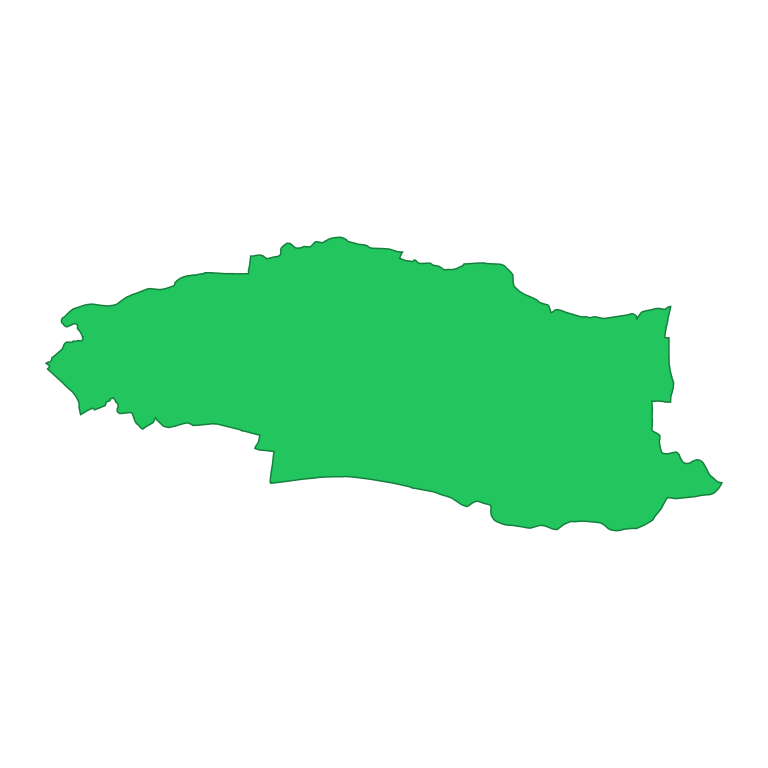 Maliuc, Tulcea, Romania
{"feature_id": "2599482B10791122672242", "entity_name": "Maliuc", "entity_type": "district", "adm_level": 2, "iso_a3": "ROU", "parent_name": "Romania", "parent_adm1": "Tulcea", "projection": "natural_earth1", "projection_center": [29.072, 45.185], "detail": "fine", "context": "isolated", "style": "filled", "palette": "green", "viewbox_px": 768, "rotation_deg": 0, "n_neighbors": 0, "source": "geoboundaries", "source_scale": "gbopen_adm2", "svg_char_len": 6057}
<svg xmlns="http://www.w3.org/2000/svg" viewBox="0 0 768 768"><path d="M670.7,306.5L668.7,306.8L666.8,307.9L665.3,309.3L664.3,309.4L659.6,308.5L657.7,308.4L654.7,308.8L652.5,309.5L645.7,310.9L642.7,311.7L641.6,312.2L640.5,313.5L638.1,316.9L637.2,318.8L636.7,319.0L636.4,318.2L636.5,316.3L635.7,315.4L633.3,313.9L631.9,313.6L629.7,314.2L627.9,314.9L604.2,318.5L601.7,318.2L596.4,317.0L594.9,316.8L592.4,317.1L591.4,317.5L588.7,317.6L586.5,316.7L582.1,316.9L581.0,316.8L566.1,312.4L560.6,310.3L557.3,309.6L556.0,309.8L554.8,310.2L552.3,312.3L550.8,312.5L550.7,311.5L549.3,307.1L548.1,305.1L542.5,303.5L539.6,302.4L538.8,301.9L538.6,301.4L536.5,299.8L533.7,298.3L523.9,294.1L519.4,291.3L516.0,288.2L514.3,286.4L513.6,285.3L513.7,284.9L513.1,281.7L512.9,275.5L512.8,274.8L510.8,272.2L509.6,270.9L506.7,268.3L504.5,265.9L503.2,265.2L500.8,264.4L499.7,264.2L489.0,263.7L485.7,263.4L485.3,263.1L482.6,263.0L479.7,263.0L464.1,264.0L463.7,264.2L463.0,265.4L462.6,265.7L456.1,268.8L453.0,269.5L446.1,269.6L445.0,269.8L443.1,269.3L441.1,267.6L438.5,266.2L434.5,265.5L432.5,264.9L431.2,263.7L429.6,263.1L420.8,263.5L419.4,263.2L417.5,262.4L416.2,260.8L414.7,260.0L413.9,260.2L413.0,261.4L411.8,261.5L408.7,260.9L405.9,260.7L399.6,258.3L401.5,253.5L402.5,252.1L397.5,251.7L389.7,249.2L385.1,248.7L371.5,248.2L369.6,247.6L367.2,245.8L364.4,244.9L358.5,244.3L354.9,243.2L349.3,241.9L347.8,241.3L346.3,239.7L344.7,238.7L341.3,237.4L339.1,237.3L334.2,237.7L331.3,238.3L329.0,239.1L324.4,241.6L323.2,242.5L321.9,242.7L317.0,241.7L315.5,241.9L314.8,242.3L311.0,246.4L309.5,246.8L308.0,246.8L304.0,246.5L300.3,248.0L296.3,248.1L294.9,247.5L290.3,243.5L286.9,243.3L283.8,245.5L281.6,247.5L280.7,249.5L280.9,253.3L280.6,254.2L279.8,255.3L278.4,256.3L273.5,257.1L267.8,258.6L267.1,258.6L266.0,258.2L262.7,255.7L262.0,255.5L259.4,255.0L255.1,255.6L253.0,256.1L250.7,256.0L249.4,266.7L248.5,269.7L248.5,271.6L248.6,273.7L236.2,273.9L233.8,273.7L225.4,273.7L210.1,272.7L204.5,272.8L204.2,273.6L200.7,274.0L196.9,274.6L196.8,274.9L195.0,275.1L194.9,275.4L194.3,275.4L194.2,275.0L193.2,275.1L186.8,276.0L184.2,276.7L180.9,278.0L178.8,279.3L176.9,280.7L175.7,282.3L175.1,282.3L175.0,283.5L174.4,285.1L173.9,285.6L172.7,286.3L165.2,288.7L161.3,289.5L158.6,289.5L149.7,288.6L147.9,288.8L135.8,293.5L133.7,294.1L126.7,297.1L119.9,301.8L117.8,303.6L116.0,304.5L114.5,305.0L112.2,305.5L110.5,305.6L109.0,306.1L100.5,305.3L94.9,304.5L94.2,304.3L91.3,304.1L86.6,304.7L84.2,305.3L73.3,308.9L69.5,311.8L64.4,317.0L62.8,317.7L62.4,318.1L61.5,319.9L61.4,321.6L61.7,322.5L64.8,326.0L66.8,326.9L73.8,323.9L74.5,323.5L75.9,324.0L76.5,324.0L77.7,325.9L77.3,328.1L78.4,329.8L79.8,331.2L81.9,335.1L82.3,336.6L83.0,336.7L83.1,336.9L82.5,337.3L83.1,339.2L81.3,340.9L77.8,340.5L76.7,341.3L73.1,341.1L72.5,342.3L68.1,342.1L65.8,342.5L64.1,344.4L62.4,348.9L55.7,354.8L51.9,357.9L51.4,360.2L51.0,361.0L49.6,362.5L48.5,362.0L47.1,362.6L46.1,363.3L49.1,365.5L49.9,366.3L47.5,369.0L62.1,382.2L66.6,386.8L72.7,392.1L75.6,395.9L78.2,400.7L79.2,403.6L79.0,407.4L80.6,414.6L84.0,412.7L87.3,410.6L90.7,409.0L91.6,408.5L93.6,408.4L94.5,409.9L105.2,405.6L106.2,402.1L110.0,400.6L110.0,399.6L110.1,398.8L111.0,398.8L113.3,397.8L115.5,400.8L115.8,402.2L116.9,402.9L117.2,402.8L118.0,404.6L118.1,406.3L117.9,407.4L117.3,408.9L117.1,410.4L117.3,411.4L118.1,412.4L119.2,413.3L120.2,413.6L130.2,412.5L132.2,413.2L133.2,416.2L135.2,421.6L136.6,423.6L139.6,426.2L140.3,427.6L142.7,429.1L146.1,426.6L152.6,422.9L153.3,422.3L155.5,417.8L156.8,419.9L163.1,425.9L163.5,426.2L168.0,427.4L168.9,427.5L175.5,426.0L182.8,423.8L186.4,423.0L187.8,422.9L192.0,424.6L192.4,425.2L192.9,425.4L197.0,425.3L214.2,423.6L214.3,424.0L217.1,424.0L226.0,426.2L239.6,429.6L240.6,430.1L241.0,430.4L242.2,430.9L242.3,430.6L259.2,435.1L259.9,435.1L258.8,440.5L258.7,441.7L255.9,446.1L255.1,447.6L254.9,448.4L259.5,450.0L265.6,450.5L274.2,451.6L273.5,454.7L272.6,463.4L271.1,472.7L270.3,479.5L270.2,482.2L270.9,482.1L270.9,483.3L285.6,481.5L302.3,479.2L316.6,477.8L319.5,477.3L327.6,476.9L336.7,476.7L343.3,476.8L343.5,476.6L344.9,476.5L349.0,476.7L357.0,477.5L370.0,479.2L390.9,482.7L399.6,484.5L411.7,487.3L411.5,487.7L413.6,488.3L414.0,488.2L418.1,488.9L433.5,491.8L441.4,494.7L448.1,496.7L451.5,497.9L461.5,504.6L466.5,506.5L467.2,506.4L468.5,505.9L471.0,503.9L472.9,502.7L475.3,501.6L476.6,501.3L478.8,501.5L483.8,503.3L489.0,504.6L489.9,505.0L490.4,505.5L490.9,506.3L491.1,507.8L490.8,512.0L491.2,514.8L491.7,516.2L493.6,519.2L494.7,520.3L496.3,521.4L502.0,523.8L505.6,524.8L508.8,525.3L509.4,525.1L513.3,525.5L520.6,526.6L527.6,527.9L530.5,528.1L538.7,525.7L540.5,525.4L541.8,525.4L544.4,525.8L546.2,526.3L552.4,528.9L556.1,529.6L557.4,529.4L562.4,525.5L564.6,524.1L569.8,521.8L571.3,521.5L574.8,521.7L580.3,521.2L586.1,521.3L597.1,522.4L599.5,522.7L601.6,523.4L604.8,525.4L608.0,528.4L610.2,529.7L614.7,530.6L617.5,530.7L620.7,530.2L623.9,529.3L626.9,528.9L631.9,528.4L636.2,528.5L637.1,528.2L642.8,525.8L647.8,523.1L651.1,521.1L652.4,520.2L653.1,519.5L654.5,517.0L655.9,515.1L657.7,513.1L661.2,508.7L664.0,503.3L666.8,498.4L668.0,497.6L671.5,498.0L675.1,498.6L678.3,498.4L694.3,496.7L701.8,495.3L710.4,494.5L713.4,493.3L715.2,492.0L717.2,490.0L718.5,488.6L720.6,485.4L721.9,482.7L719.7,482.5L717.3,481.6L713.1,477.9L710.3,475.6L708.6,473.1L706.6,469.0L703.2,462.9L701.7,461.4L699.3,460.1L696.9,459.7L693.0,461.1L690.1,462.8L688.7,463.4L686.4,463.5L684.4,463.0L682.8,462.1L680.5,458.2L679.0,454.4L676.6,452.1L674.0,452.4L669.3,453.5L667.2,453.8L664.4,453.6L663.2,453.4L662.5,453.1L661.8,452.3L661.2,451.1L659.9,445.6L659.3,441.6L660.0,437.1L659.7,435.2L656.6,433.1L653.0,431.3L651.9,430.3L652.4,421.4L652.0,416.5L652.4,409.6L651.8,401.1L654.9,401.5L655.5,401.0L663.4,401.4L664.2,401.9L670.5,402.2L670.9,396.3L672.4,391.4L672.4,390.6L673.0,389.1L673.6,383.8L673.5,382.4L672.0,377.9L670.4,371.6L669.1,363.8L668.9,351.9L669.0,337.8L666.3,337.8L665.1,337.6L664.8,337.3L665.0,334.3L666.2,327.7L665.7,327.0L666.0,326.6L666.4,326.4L666.6,325.8L667.8,320.6L667.9,318.3L669.2,313.4L670.7,306.5Z" fill="#22c55e" stroke="#15803d" stroke-width="1.5"/></svg>